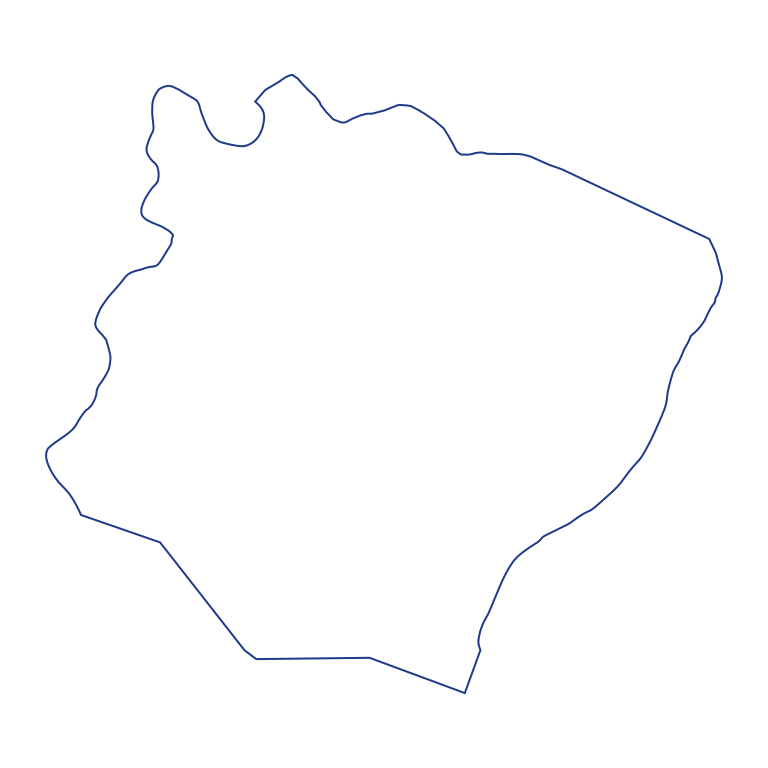 Lauterique, La Paz, Honduras (Robinson projection)
{"feature_id": "27666195B69493881597747", "entity_name": "Lauterique", "entity_type": "district", "adm_level": 2, "iso_a3": "HND", "parent_name": "Honduras", "parent_adm1": "La Paz", "projection": "robinson", "projection_center": [-87.665, 13.861], "detail": "fine", "context": "isolated", "style": "outline", "palette": "blue", "viewbox_px": 768, "rotation_deg": 0, "n_neighbors": 0, "source": "geoboundaries", "source_scale": "gbopen_adm2", "svg_char_len": 6019}
<svg xmlns="http://www.w3.org/2000/svg" viewBox="0 0 768 768"><path d="M709.3,239.0L561.9,169.3L548.6,164.6L530.8,156.6L523.1,154.5L517.1,154.0L509.0,153.9L501.1,154.1L494.3,153.8L487.7,153.8L481.9,152.4L476.5,152.8L470.2,154.4L467.5,154.6L461.1,154.6L456.8,151.5L452.5,143.2L448.5,136.0L443.8,128.5L435.1,120.9L425.2,114.1L418.2,109.9L410.9,106.1L406.6,105.4L398.7,104.9L392.5,107.2L385.2,110.2L372.5,113.6L366.7,113.8L360.7,115.3L352.8,118.5L345.7,122.2L341.8,122.6L333.3,119.4L326.1,111.9L320.7,104.9L319.5,101.9L314.9,96.1L308.7,90.5L302.7,84.2L297.8,78.6L292.4,74.9L289.1,75.6L284.7,77.7L279.3,81.6L265.2,90.0L255.2,101.6L257.2,103.4L259.1,105.3L260.0,106.3L260.9,107.5L261.9,109.0L262.8,110.5L263.3,111.9L263.7,113.2L264.0,114.9L264.2,116.6L264.1,118.6L264.0,120.1L263.7,122.1L263.3,124.2L262.7,126.9L262.0,129.2L261.2,131.2L260.5,132.9L259.4,135.0L258.3,136.6L257.0,138.4L255.5,140.1L254.0,141.4L252.8,142.4L251.4,143.3L249.6,144.3L247.5,145.2L246.3,145.6L244.7,145.9L243.6,146.1L241.9,146.2L240.0,146.1L236.5,145.7L232.1,144.9L227.0,143.8L223.4,142.9L220.9,142.1L219.1,141.4L217.9,140.7L217.0,140.1L216.1,139.5L215.3,138.7L214.1,137.6L213.2,136.6L212.1,135.1L210.5,133.0L209.2,130.9L208.2,129.3L207.3,127.6L206.7,126.3L205.6,123.7L202.6,116.1L201.7,113.6L200.5,109.9L199.3,105.5L198.9,104.3L198.4,103.2L197.8,102.1L197.4,101.5L196.7,100.6L195.5,99.7L193.3,98.2L188.4,95.4L179.5,90.0L177.2,88.8L173.3,87.0L172.1,86.5L171.1,86.3L169.8,86.0L168.8,85.9L167.7,85.9L166.6,86.1L164.4,86.7L163.1,87.2L161.6,87.8L159.9,88.7L159.2,89.3L158.5,89.9L157.7,90.9L156.8,92.2L155.2,95.1L154.1,97.4L153.6,98.8L153.2,99.9L152.7,101.9L152.4,104.4L152.3,106.1L152.2,110.1L152.2,113.2L152.3,114.9L153.2,123.0L153.4,125.5L153.5,128.0L153.4,129.2L153.2,130.5L152.8,131.6L151.3,134.5L150.6,136.1L149.5,138.6L148.5,141.2L147.5,144.3L147.0,145.9L146.7,147.0L146.6,148.2L146.5,149.0L146.6,150.2L146.8,151.9L147.0,152.6L147.4,153.6L147.7,154.3L148.3,155.4L149.7,157.6L151.4,159.9L152.7,161.3L154.9,163.2L156.1,164.7L156.8,165.7L157.5,167.1L157.8,168.4L158.2,170.0L158.4,171.6L158.6,173.2L158.6,174.9L158.6,176.4L158.4,177.9L158.2,179.4L158.0,180.3L157.7,181.2L157.3,182.0L156.8,182.7L156.2,183.6L155.2,184.8L152.9,187.2L151.5,188.9L149.5,191.7L147.1,195.4L145.4,198.3L144.4,200.2L143.7,201.8L142.8,204.0L142.1,206.2L141.6,207.7L141.4,209.0L141.3,210.3L141.3,211.6L141.4,212.9L141.6,213.8L142.0,214.9L142.4,215.8L142.9,216.5L143.6,217.3L144.9,218.5L146.1,219.5L147.2,220.2L150.6,221.9L153.0,223.0L159.6,225.7L161.8,226.6L162.7,227.1L165.9,229.0L168.4,230.5L170.0,231.8L171.4,233.2L172.1,233.9L172.7,234.7L172.9,235.1L173.0,235.8L172.8,236.5L172.2,237.7L172.0,238.3L171.8,239.1L171.6,240.4L171.6,242.3L171.4,243.3L171.0,244.2L170.2,245.6L162.4,258.4L161.0,260.5L159.9,262.1L158.8,263.6L157.9,264.5L157.3,265.0L156.5,265.5L155.6,265.9L154.7,266.2L153.5,266.5L150.7,266.8L148.0,267.3L145.3,268.1L140.8,269.6L136.4,270.7L134.7,271.2L132.8,271.9L130.9,272.7L129.1,273.7L128.0,274.4L127.3,275.0L126.5,275.7L125.0,277.4L119.8,283.9L116.5,287.8L112.1,292.7L108.7,296.7L106.2,299.9L104.1,302.9L101.6,306.7L100.8,308.0L99.9,309.7L98.8,312.2L97.5,315.2L96.4,318.3L95.8,320.3L95.3,322.8L95.2,323.8L95.3,324.8L95.5,325.7L96.0,327.2L96.5,328.1L97.4,329.5L98.6,331.0L99.9,332.5L102.4,335.0L104.2,337.3L105.8,339.4L106.2,340.1L106.6,341.1L108.0,346.1L109.3,351.0L110.1,354.6L110.4,356.4L110.4,357.7L110.4,360.0L110.0,363.2L109.8,364.6L109.4,366.5L109.0,368.2L108.7,369.3L108.1,370.6L107.3,372.4L104.8,376.8L103.5,378.9L102.4,380.7L100.0,383.9L99.1,385.2L98.3,386.5L97.8,387.6L97.2,389.2L96.8,390.4L96.3,394.4L96.0,395.7L95.5,397.4L94.9,398.9L93.9,401.1L92.5,403.7L91.7,405.0L90.7,406.3L89.5,407.5L88.3,408.6L86.2,410.2L85.1,411.2L84.3,412.2L81.7,415.7L79.8,418.5L78.2,421.1L76.7,423.9L75.7,425.5L74.2,427.6L72.4,429.6L69.6,432.1L66.7,434.5L62.7,437.3L57.8,440.7L55.5,442.3L50.9,445.8L49.6,447.0L48.2,448.3L47.6,449.3L47.0,450.6L46.5,452.2L46.2,453.8L46.1,455.1L46.1,456.8L46.3,458.2L46.8,460.3L47.2,462.0L47.8,463.6L48.4,465.3L49.2,467.1L51.0,470.8L52.1,472.7L53.1,474.5L55.3,477.7L57.3,480.4L58.9,482.5L59.8,483.4L63.6,487.4L67.2,491.3L69.0,493.5L70.7,495.9L71.8,497.5L73.3,499.9L76.1,504.8L78.7,509.8L81.0,515.0L160.1,542.4L244.6,650.4L256.3,659.1L369.5,657.8L464.8,693.1L480.4,650.2L479.5,647.7L478.8,645.0L478.6,643.9L478.5,642.7L478.4,641.8L478.4,640.6L478.6,639.1L479.4,634.7L479.6,633.7L480.5,630.4L481.8,626.7L483.0,623.7L484.2,621.2L485.5,618.7L487.4,615.4L489.0,612.2L499.0,588.3L502.5,580.3L503.5,578.2L505.6,574.1L508.4,568.9L510.7,565.2L512.7,562.2L514.2,560.3L516.2,558.1L518.0,556.3L519.6,554.9L522.6,552.4L526.5,549.6L530.0,547.1L535.6,543.5L537.2,542.5L538.1,541.8L539.3,540.8L540.4,539.8L542.3,537.5L543.2,536.7L543.9,536.3L545.0,535.6L546.6,534.8L555.4,530.5L568.6,523.9L570.1,523.0L571.5,522.0L576.8,518.1L578.1,517.2L581.7,514.9L584.4,513.3L586.2,512.4L589.4,510.9L591.0,510.1L592.5,509.0L596.2,506.1L603.1,500.0L612.2,491.8L614.8,489.2L616.7,487.4L618.6,485.3L620.4,483.2L621.5,481.8L625.0,477.0L629.5,471.1L632.3,467.7L633.8,466.0L638.3,461.0L640.4,458.5L641.5,456.9L643.0,454.6L644.2,452.5L646.9,447.7L651.3,439.3L654.0,433.5L661.3,417.0L663.7,411.1L665.1,407.4L665.7,405.2L666.4,402.4L666.7,400.1L667.2,396.3L667.6,393.2L668.2,390.0L668.9,387.0L669.6,384.2L670.8,379.6L672.3,374.6L672.9,372.6L673.8,370.5L675.1,367.9L677.7,363.7L679.4,360.5L680.8,357.4L683.7,350.5L685.0,347.8L686.7,344.9L688.3,341.9L689.2,339.9L690.2,337.3L690.9,336.1L691.3,335.6L691.8,334.9L692.3,334.5L693.2,333.9L694.5,332.8L695.5,331.8L697.4,329.9L700.1,326.8L701.4,325.3L702.6,323.5L704.3,321.0L705.2,319.3L707.8,313.7L709.5,310.2L710.3,308.7L711.1,307.4L712.0,306.0L713.0,304.8L714.1,303.4L714.5,302.8L714.8,302.1L715.0,301.4L715.1,301.0L715.2,299.6L715.6,298.3L715.9,297.5L717.2,295.4L718.0,293.7L718.8,291.7L719.7,288.7L721.1,283.7L721.5,281.8L721.8,279.5L721.9,277.9L721.9,276.7L721.7,275.4L721.4,273.6L720.8,271.1L717.6,259.7L716.4,254.8L715.9,253.4L715.8,252.9L712.9,246.6L710.0,240.6L709.3,239.0Z" fill="none" stroke="#1e3a8a" stroke-width="2"/></svg>